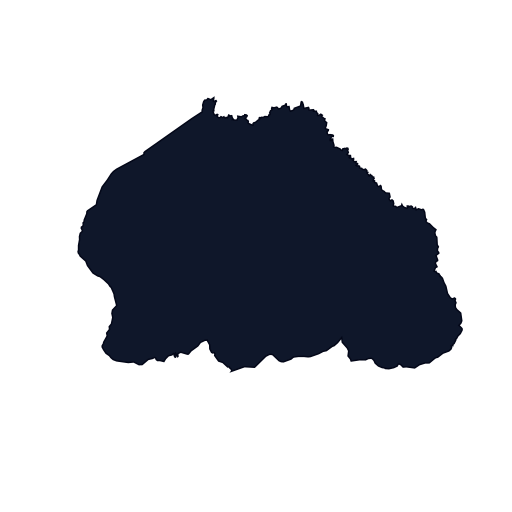 Ocnita, Dâmbovita, Romania, rotated 158°
{"feature_id": "2599482B12009979413210", "entity_name": "Ocnita", "entity_type": "district", "adm_level": 2, "iso_a3": "ROU", "parent_name": "Romania", "parent_adm1": "Dâmbovita", "projection": "mercator", "projection_center": [25.545, 44.998], "detail": "fine", "context": "isolated", "style": "filled", "palette": "ink", "viewbox_px": 512, "rotation_deg": 158, "n_neighbors": 0, "source": "geoboundaries", "source_scale": "gbopen_adm2", "svg_char_len": 6079}
<svg xmlns="http://www.w3.org/2000/svg" viewBox="0 0 512 512"><g transform="rotate(158 256 256)"><path d="M410.4,342.9L412.4,340.1L413.4,337.3L416.6,332.2L418.3,328.0L419.3,326.8L419.6,325.3L419.1,323.5L419.0,321.7L415.7,315.1L415.8,310.2L413.5,301.3L410.2,296.8L408.3,295.3L406.0,291.4L403.2,285.4L402.7,282.5L402.0,281.1L401.8,274.1L402.5,271.3L403.7,262.2L409.3,259.6L411.1,256.7L411.8,252.7L415.5,247.1L418.5,245.5L419.3,242.8L423.3,240.5L423.9,237.6L429.5,233.1L430.4,231.7L432.1,230.5L432.7,229.3L432.4,226.2L431.5,222.0L429.2,218.5L428.5,216.0L427.2,213.5L424.5,211.0L414.3,205.1L409.1,203.6L405.2,199.1L402.2,198.0L394.7,200.5L390.5,199.8L388.0,199.9L387.2,199.2L387.3,197.4L386.5,196.0L384.1,195.0L380.9,192.7L378.4,194.6L374.5,196.3L371.0,195.8L369.2,196.6L368.8,196.2L369.2,194.1L368.8,191.8L368.0,195.5L367.0,196.3L366.7,195.4L366.9,192.8L366.6,192.0L366.0,192.1L365.1,194.8L361.8,195.0L356.4,190.7L355.4,190.4L351.7,192.4L343.7,194.4L339.9,196.7L335.0,197.0L332.8,196.3L332.2,191.0L333.6,187.1L333.3,183.3L332.4,182.3L330.9,182.0L330.7,180.6L331.6,179.2L330.0,172.6L326.6,169.7L323.8,163.7L322.5,163.4L322.4,162.3L321.4,160.3L321.4,158.6L321.9,158.3L308.1,157.7L299.0,153.4L284.5,159.4L280.5,159.8L278.6,159.1L277.4,158.2L273.8,150.2L272.2,148.6L270.2,147.6L262.2,147.3L259.5,148.2L258.3,148.1L254.5,147.1L249.2,145.0L245.4,143.0L243.3,142.4L234.5,142.0L229.5,142.5L226.2,141.9L219.1,143.7L217.2,143.6L212.9,145.1L207.1,148.3L208.3,143.6L205.8,136.5L205.6,133.3L208.1,128.8L207.0,125.2L207.1,123.0L198.8,121.0L193.3,118.7L190.4,118.9L187.5,118.1L186.6,117.2L185.7,114.9L185.6,112.0L183.7,108.2L180.8,105.3L178.7,104.1L178.3,103.3L175.0,101.7L170.1,100.9L166.3,101.1L164.7,102.5L163.6,102.2L162.5,101.0L161.2,97.9L158.2,97.0L150.8,92.8L145.2,94.0L139.2,93.5L135.4,92.0L129.5,93.9L127.6,94.4L125.4,94.1L119.1,95.9L112.7,95.7L110.2,96.6L108.9,97.9L108.7,99.5L107.1,99.1L106.9,100.1L105.1,100.7L102.4,103.1L102.3,104.0L101.2,104.2L98.8,106.2L95.7,107.5L92.7,110.1L92.2,111.2L92.4,112.2L93.9,115.7L91.3,116.9L89.5,118.8L87.6,126.4L89.9,131.1L90.4,133.5L89.6,136.2L88.1,137.7L88.2,140.1L87.3,141.1L87.1,141.7L87.7,142.7L90.1,142.6L91.5,144.4L92.5,149.5L91.3,156.9L91.7,160.9L91.5,165.5L92.1,167.3L92.9,168.0L92.6,168.8L93.1,170.0L93.0,170.8L95.0,172.8L94.9,174.3L95.9,174.5L96.6,175.3L94.0,178.0L92.2,178.2L92.5,181.9L91.2,183.5L89.5,183.6L89.1,184.1L88.9,189.1L85.5,190.1L85.3,191.0L85.9,192.6L85.0,194.8L83.5,196.2L83.8,198.6L81.5,205.2L81.4,206.0L82.0,207.1L81.8,209.3L81.2,211.2L79.3,213.0L81.1,216.1L83.1,220.9L84.8,222.5L85.4,224.2L85.4,224.7L84.2,225.9L84.7,227.0L84.7,228.2L83.2,233.4L83.3,236.3L83.7,236.8L85.2,236.8L87.6,238.9L90.2,238.8L89.9,241.2L91.4,240.6L92.6,241.2L93.0,241.6L92.6,242.9L93.3,244.1L94.7,244.5L96.0,244.2L96.1,245.3L97.0,245.7L97.8,243.7L98.3,243.6L100.5,245.8L101.4,247.4L101.5,249.0L102.2,248.1L107.3,248.2L107.9,249.7L109.9,250.7L109.8,251.4L108.5,253.4L108.6,254.6L108.1,255.4L108.9,257.1L110.8,256.8L111.3,258.7L111.0,259.7L109.6,260.5L108.9,264.2L112.0,265.8L112.5,266.4L112.9,267.7L114.5,269.7L114.7,270.9L113.9,273.9L114.2,274.7L115.9,274.3L116.5,274.5L117.1,275.6L116.9,278.5L118.6,279.8L117.9,281.2L118.1,281.5L119.2,281.8L118.7,282.8L117.4,283.8L117.6,284.4L117.3,285.0L118.6,286.0L118.5,287.2L119.2,287.8L119.6,288.7L120.6,287.8L121.2,287.9L121.3,289.2L122.0,290.9L121.7,291.7L121.1,291.8L122.0,292.7L121.2,293.7L121.8,295.3L122.1,295.7L123.2,295.4L124.9,296.5L125.1,297.6L127.0,298.8L126.4,300.3L126.8,301.0L128.8,301.8L129.3,302.6L127.3,303.2L127.2,303.6L128.7,305.0L127.8,306.0L129.8,306.7L129.9,307.9L130.3,308.4L129.2,309.1L129.0,309.9L131.1,310.1L131.4,312.3L132.0,312.5L132.7,312.0L132.8,312.4L132.2,313.0L131.0,313.0L130.8,313.8L132.3,314.5L133.7,316.0L131.6,317.4L131.5,319.8L130.6,320.4L130.5,321.5L131.3,322.1L132.4,321.5L133.1,322.5L135.5,322.8L136.5,321.5L137.4,322.2L137.9,323.7L140.6,326.6L142.4,327.2L143.1,328.2L142.2,329.4L141.9,333.1L141.1,335.7L142.1,336.0L142.8,334.7L143.9,335.2L143.6,336.5L141.0,338.5L139.6,337.9L139.2,338.6L139.5,339.4L141.9,340.8L143.7,341.2L143.9,341.6L144.0,342.9L143.5,344.8L142.1,345.1L141.6,346.0L143.9,348.0L143.8,348.7L142.1,350.5L140.5,353.2L141.8,355.5L140.7,357.5L141.3,357.8L142.8,360.6L142.6,361.3L141.8,361.7L142.8,363.2L145.1,362.7L146.3,363.2L145.4,364.6L146.1,366.6L145.8,367.6L148.3,368.6L147.7,369.1L147.9,370.1L151.7,371.2L152.3,371.9L151.6,373.1L151.7,374.1L156.3,374.9L155.4,379.2L155.7,380.4L155.3,381.0L155.8,382.0L156.4,381.9L158.5,378.4L165.2,378.6L165.9,377.6L166.8,377.2L169.8,377.3L170.1,379.0L169.4,382.2L171.2,382.6L171.6,383.2L171.0,385.7L171.6,385.8L172.3,384.9L175.7,385.0L177.4,383.7L179.4,383.8L180.2,384.0L180.5,385.6L181.1,386.3L183.8,386.6L185.5,387.8L186.3,386.8L186.3,385.6L188.1,385.2L189.8,383.5L189.5,382.7L190.1,381.9L191.4,381.9L192.2,380.7L192.8,380.6L195.5,382.0L197.4,381.8L199.2,382.6L199.8,382.2L200.9,383.0L201.5,382.6L201.4,381.6L201.6,381.2L202.8,381.3L206.4,380.1L208.3,380.3L209.1,379.9L209.8,378.3L210.1,378.4L213.4,381.8L213.5,382.3L212.7,383.7L212.8,384.7L213.8,385.6L213.8,386.6L214.8,387.7L212.2,388.7L211.6,389.5L212.2,390.5L213.5,391.2L214.0,390.3L215.5,390.8L217.4,390.5L220.5,392.4L220.8,391.0L222.8,389.2L223.9,389.5L225.6,390.4L225.8,391.3L226.7,391.4L226.1,392.4L226.3,393.9L225.9,394.8L226.2,395.3L228.1,395.6L227.9,396.2L228.5,396.9L230.6,394.8L231.8,395.7L232.5,395.3L233.5,396.0L233.6,397.1L235.0,396.8L236.3,398.3L237.5,397.7L238.9,398.3L239.8,400.0L238.5,401.4L239.0,401.9L240.7,401.7L241.8,402.5L241.8,405.8L241.6,406.6L240.7,406.4L240.3,407.8L237.6,411.6L237.0,411.9L236.2,413.5L234.7,414.4L234.9,415.1L237.6,415.3L237.2,416.8L236.4,417.3L235.8,418.6L239.3,417.8L241.6,420.0L243.3,419.1L245.2,419.7L246.7,418.7L248.9,415.9L249.5,413.5L251.3,411.4L251.8,409.8L264.1,407.4L319.8,394.4L321.2,393.7L321.8,392.1L352.7,388.7L356.5,387.7L359.4,386.3L365.5,382.0L372.7,377.7L382.5,367.1L384.8,363.3L395.3,361.0L396.1,360.5L397.1,358.5L401.8,353.7L402.5,352.2L403.9,351.5L404.6,349.3L405.7,348.4L407.0,348.2L407.6,347.2L407.4,345.2L407.8,343.9L410.4,342.9Z" fill="#0f172a" stroke="#020617" stroke-width="1.5"/></g></svg>